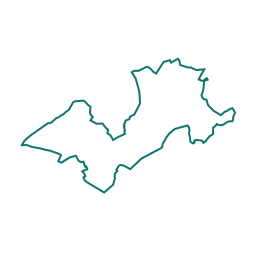 Albasu, Kano, Nigeria, rotated 152°
{"feature_id": "59680162B46612932493253", "entity_name": "Albasu", "entity_type": "district", "adm_level": 2, "iso_a3": "NGA", "parent_name": "Nigeria", "parent_adm1": "Kano", "projection": "orthographic", "projection_center": [9.092, 11.645], "detail": "fine", "context": "isolated", "style": "outline", "palette": "teal", "viewbox_px": 256, "rotation_deg": 152, "n_neighbors": 0, "source": "geoboundaries", "source_scale": "gbopen_adm2", "svg_char_len": 2951}
<svg xmlns="http://www.w3.org/2000/svg" viewBox="0 0 256 256"><g transform="rotate(152 128 128)"><path d="M229.8,162.6L225.6,160.8L222.0,156.7L214.7,150.9L211.2,147.5L209.0,145.8L208.4,145.3L207.2,144.4L206.0,142.9L200.8,137.3L200.0,135.3L200.7,134.9L205.1,131.4L203.2,128.7L193.6,129.4L187.1,128.0L187.0,122.1L185.2,119.6L183.1,119.1L184.0,114.2L183.1,114.0L183.4,112.7L182.9,112.2L183.4,110.7L184.8,110.8L187.8,111.2L188.6,111.3L188.8,110.8L188.2,109.1L188.1,108.6L188.2,105.5L190.6,105.3L190.8,102.0L189.5,99.1L184.5,90.8L179.3,82.2L170.9,84.2L167.8,84.9L163.0,89.9L162.6,91.6L162.3,92.0L162.1,92.3L162.0,92.5L161.7,92.6L161.2,93.4L160.9,93.8L160.2,94.3L159.7,94.4L158.8,94.7L157.5,95.3L157.6,95.8L157.9,96.6L155.5,98.0L153.7,98.9L153.0,99.0L152.2,99.0L149.5,97.0L145.3,90.6L130.6,94.7L108.8,94.7L107.0,95.0L104.7,97.8L101.5,99.7L98.7,101.6L94.2,103.7L87.3,105.2L74.2,102.3L74.0,100.3L73.9,100.0L73.8,99.7L74.0,99.1L74.3,98.6L74.6,97.6L74.9,97.0L75.1,96.7L75.5,96.0L75.8,95.8L75.9,95.7L76.2,95.4L76.5,95.1L78.2,89.2L79.0,87.8L79.1,86.8L79.2,86.2L79.0,85.7L77.5,83.6L76.6,83.7L76.4,84.0L76.3,84.5L76.0,84.7L75.6,84.8L75.7,85.3L74.6,85.6L74.0,85.8L73.1,85.2L71.9,84.4L69.2,82.6L68.3,81.2L68.4,79.5L66.4,79.7L64.9,80.3L59.7,82.5L57.7,82.4L55.7,82.8L54.0,85.9L52.7,88.3L50.1,88.7L47.8,89.8L46.4,87.8L43.5,86.3L36.3,86.6L32.6,85.0L30.9,86.6L29.6,88.7L26.4,91.2L26.2,94.4L26.5,95.4L26.5,95.6L26.5,95.9L26.6,96.5L27.4,96.7L30.8,96.9L32.5,96.5L34.9,96.9L40.1,95.8L44.6,103.5L46.6,110.8L45.4,116.2L47.6,117.9L48.0,120.1L47.9,122.2L45.0,124.9L42.1,128.4L38.7,133.8L38.1,134.0L37.4,134.0L37.5,133.6L35.0,133.3L35.0,134.9L36.7,134.9L37.4,134.5L38.1,134.5L39.0,134.4L39.6,134.5L39.9,134.6L40.3,134.9L40.7,135.2L41.1,135.5L41.4,135.9L42.0,136.9L42.8,137.6L40.3,139.5L38.7,140.6L36.7,141.7L33.1,144.0L40.3,147.0L43.0,150.2L43.2,150.7L43.8,151.8L46.6,153.3L49.0,155.7L52.3,159.1L51.0,163.4L51.0,163.6L51.4,165.7L51.6,165.7L59.3,165.5L59.2,168.3L59.4,168.3L65.7,169.5L77.6,162.9L79.5,166.2L79.8,168.4L80.8,171.0L81.8,172.5L82.7,173.3L91.8,173.5L95.7,175.6L98.5,175.5L98.0,168.2L100.3,157.4L101.6,153.2L105.7,144.3L107.5,142.8L116.4,136.8L120.1,137.2L121.0,136.9L121.4,136.6L121.8,136.2L122.0,135.7L122.3,135.4L122.6,135.3L123.0,135.2L125.3,135.6L126.6,135.7L130.4,132.3L130.2,131.2L131.3,130.5L131.5,129.1L131.7,128.1L131.8,127.4L132.5,127.1L132.9,126.2L133.2,125.3L133.5,124.2L134.5,124.5L135.5,124.2L137.2,124.4L139.7,124.6L142.0,124.7L146.8,124.4L146.8,128.5L147.2,130.3L148.7,133.0L146.3,135.9L147.4,138.1L147.5,138.5L148.1,142.1L148.5,144.0L153.7,146.5L157.6,152.3L155.8,153.4L153.9,154.2L154.8,157.5L154.3,158.2L154.4,159.5L151.1,164.4L152.3,166.7L153.1,169.7L154.1,172.9L162.4,176.5L164.3,176.5L171.3,172.0L172.3,171.7L174.4,171.5L177.1,171.0L178.5,170.4L181.7,170.5L184.1,170.0L186.4,170.4L192.5,168.9L194.4,168.9L196.4,169.8L203.7,168.9L215.0,167.5L220.1,166.7L225.4,165.3L229.7,162.7L229.8,162.6Z" fill="none" stroke="#0f766e" stroke-width="2"/></g></svg>